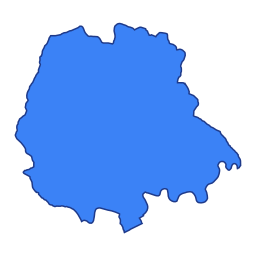 the district of Alma, Sibiu, Romania
{"feature_id": "2599482B74056506613353", "entity_name": "Alma", "entity_type": "district", "adm_level": 2, "iso_a3": "ROU", "parent_name": "Romania", "parent_adm1": "Sibiu", "projection": "orthographic", "projection_center": [24.465, 46.229], "detail": "fine", "context": "isolated", "style": "filled", "palette": "blue", "viewbox_px": 256, "rotation_deg": 0, "n_neighbors": 0, "source": "geoboundaries", "source_scale": "gbopen_adm2", "svg_char_len": 5737}
<svg xmlns="http://www.w3.org/2000/svg" viewBox="0 0 256 256"><path d="M93.5,220.7L94.3,216.4L94.7,212.5L95.4,210.2L95.9,209.3L96.7,208.6L98.5,208.0L99.9,207.9L107.9,210.1L111.5,210.8L115.5,212.1L119.5,213.8L119.5,215.0L119.0,216.4L119.1,217.2L120.0,218.7L120.4,219.9L120.4,221.9L120.2,223.1L120.2,223.5L120.3,223.8L121.2,224.4L121.8,225.3L122.9,227.4L123.0,228.5L123.5,230.0L124.1,230.4L124.1,231.7L124.4,232.5L127.4,231.0L128.5,230.5L129.8,229.8L130.1,229.4L142.1,223.5L141.7,222.9L141.1,220.9L139.4,218.1L143.5,215.7L143.1,214.9L145.6,212.6L147.1,210.3L147.7,208.1L147.7,206.3L147.3,204.7L145.1,199.9L143.2,197.0L142.8,195.2L142.9,194.2L144.7,192.4L145.4,192.1L146.8,192.8L148.1,193.0L155.5,195.5L157.0,195.8L158.4,195.8L159.4,195.2L159.9,194.4L160.6,191.4L161.0,190.7L162.1,189.5L163.9,188.8L164.9,188.7L166.7,189.1L167.4,189.8L168.0,193.0L168.3,196.3L169.1,198.5L170.2,199.9L171.9,201.0L173.6,201.6L175.2,201.7L176.8,201.2L178.4,197.4L178.7,196.5L179.8,195.1L180.9,194.3L182.7,193.4L185.9,192.5L186.5,192.2L188.4,191.9L190.1,191.7L192.2,192.2L194.2,194.3L195.3,196.2L195.8,197.7L196.4,200.3L196.9,201.3L197.6,202.0L198.3,202.5L200.4,202.8L201.5,202.8L203.6,202.4L205.2,201.7L205.8,201.1L206.8,199.9L207.5,198.3L207.3,195.7L206.6,192.3L205.4,189.6L205.4,188.8L206.2,186.9L207.3,185.3L208.0,184.6L208.5,184.2L212.2,183.0L213.8,181.7L214.6,180.8L216.8,178.5L218.1,176.7L219.1,173.8L219.5,171.5L219.6,170.2L219.4,169.0L218.1,166.4L217.9,165.6L218.0,164.8L219.0,163.0L220.1,161.9L221.1,161.5L223.3,161.5L224.1,162.0L224.9,162.6L225.6,163.6L226.0,164.5L225.8,166.7L226.1,167.7L228.0,169.8L229.0,170.2L229.3,170.1L230.1,169.5L231.1,168.3L231.8,165.7L232.3,164.8L233.3,163.8L234.1,163.6L235.2,163.7L235.6,163.9L236.4,164.6L237.1,165.7L237.4,168.6L237.7,168.6L238.0,168.2L238.6,167.8L239.3,167.6L239.7,166.4L240.4,165.9L240.6,165.6L240.6,165.3L240.5,160.9L240.3,160.0L240.0,159.1L238.5,156.7L238.2,155.7L238.1,154.7L237.8,154.5L237.0,153.3L236.4,152.6L235.5,152.0L234.6,150.7L233.1,149.5L231.9,148.1L230.8,147.3L230.3,146.6L230.1,145.9L229.3,145.4L228.6,144.8L227.5,142.2L226.8,141.7L225.8,139.1L224.6,137.6L223.6,136.8L223.1,136.1L221.5,134.6L220.8,133.6L220.5,132.9L220.1,131.6L219.6,131.3L216.4,130.0L213.0,127.8L211.0,127.0L209.2,125.3L207.1,124.2L204.1,121.4L202.3,120.8L200.7,119.1L199.3,118.6L198.2,117.7L196.8,117.1L194.5,116.4L193.5,115.8L193.5,115.3L193.7,114.3L193.8,111.5L194.0,110.6L195.6,108.3L196.4,107.0L198.0,105.3L198.3,104.6L198.4,103.5L198.3,102.7L197.9,101.7L197.8,99.8L197.2,99.0L193.6,95.6L189.0,93.7L189.2,91.7L188.1,88.7L187.3,87.2L185.5,84.4L185.5,84.6L184.0,83.3L183.2,82.8L177.5,82.7L177.5,81.2L177.7,80.6L177.8,79.9L177.9,79.3L178.4,78.3L178.6,77.6L178.8,77.2L179.6,76.8L180.2,76.2L180.7,75.4L180.8,75.2L180.8,72.6L181.3,71.8L181.4,70.0L181.3,67.9L180.8,66.9L180.7,66.3L180.8,65.2L182.1,61.8L183.4,60.3L183.9,59.5L185.2,55.5L185.1,53.4L184.9,52.5L184.6,52.1L182.8,50.4L181.7,49.7L180.3,49.3L179.1,49.3L177.7,49.8L176.7,49.8L176.3,47.3L175.8,46.5L175.0,45.7L173.2,44.5L170.2,43.7L169.5,43.3L168.7,40.7L167.8,39.5L167.5,36.8L167.5,35.0L167.2,34.1L167.1,33.9L166.2,33.5L165.0,33.2L161.7,32.7L159.8,32.6L159.2,32.9L158.7,33.4L156.8,35.2L156.3,35.8L155.8,36.7L153.4,35.6L151.3,34.8L150.5,35.3L149.2,35.2L148.9,34.4L147.9,32.6L147.6,31.6L147.4,31.1L146.0,30.0L145.8,29.6L145.7,28.9L145.5,28.7L141.2,27.3L140.1,27.2L139.2,27.5L136.0,29.0L134.6,29.9L133.2,28.5L132.4,28.0L130.3,27.2L128.2,26.8L125.8,25.4L123.0,24.5L122.0,24.0L121.3,23.9L120.4,23.6L119.3,23.5L117.9,23.8L117.2,24.1L115.1,25.9L114.8,26.5L114.4,27.8L114.1,30.6L114.2,31.4L115.0,35.0L115.1,37.3L114.7,38.4L114.5,39.7L113.7,41.1L113.5,42.7L112.9,43.6L112.5,43.9L108.2,43.0L103.4,43.0L102.1,42.5L101.7,42.2L100.1,39.2L99.5,38.3L98.2,37.1L97.4,36.7L94.4,36.5L93.3,36.5L90.8,36.2L89.3,36.4L88.1,36.0L86.1,33.9L85.2,32.7L84.5,31.4L83.6,28.9L82.8,27.3L81.8,26.4L81.0,26.2L79.9,26.2L78.2,27.6L74.6,29.2L73.8,29.5L71.4,30.6L69.7,30.9L66.4,32.5L64.0,32.8L61.6,33.9L60.9,34.5L60.5,34.7L55.4,35.7L50.7,35.7L49.0,38.3L49.0,39.0L47.3,43.1L46.5,44.3L44.8,45.8L44.1,47.7L42.6,50.5L42.3,51.6L42.2,53.4L41.4,55.9L41.2,56.2L40.6,56.3L39.9,57.2L40.0,60.3L39.5,62.1L39.7,63.1L40.3,64.2L40.3,64.8L38.5,69.7L38.4,72.6L37.5,73.0L36.8,74.3L36.1,75.1L35.5,76.6L34.3,78.6L34.0,79.6L32.7,82.5L31.8,83.5L31.4,84.0L30.9,85.0L29.7,86.5L29.3,88.9L27.8,91.6L27.3,92.9L26.8,95.3L26.9,97.6L27.0,98.1L27.7,99.2L28.1,100.4L27.9,100.8L26.4,102.8L26.0,103.4L25.8,104.1L25.7,105.3L25.3,107.4L26.6,110.2L26.6,111.0L25.2,114.6L24.8,115.1L22.7,116.4L21.8,117.4L19.6,119.0L19.0,120.6L18.4,121.5L18.1,122.6L18.1,123.9L17.5,124.6L17.0,125.6L16.8,127.0L16.9,128.5L17.2,129.7L17.2,130.4L17.1,130.9L16.3,132.1L15.9,133.6L15.4,134.7L15.4,135.6L15.9,136.8L16.7,138.4L17.1,139.0L21.0,142.6L23.5,145.7L24.5,147.2L25.4,148.7L25.5,149.1L25.6,151.3L25.8,151.9L26.2,152.7L27.2,153.6L29.3,154.7L31.5,156.4L31.7,157.0L32.4,160.0L32.6,160.5L33.9,162.4L33.8,163.5L33.8,166.8L31.8,168.0L30.6,168.2L29.8,169.0L29.2,169.4L26.8,169.9L25.6,170.5L24.7,170.5L23.3,172.1L23.3,172.3L23.7,173.1L24.3,173.6L28.8,176.0L29.9,176.7L30.0,177.6L30.2,178.6L31.1,180.2L32.0,182.2L32.5,186.8L32.7,187.6L33.6,189.1L35.2,191.2L36.1,192.1L36.2,191.9L36.6,192.3L37.8,192.5L38.4,192.7L38.6,193.0L38.6,194.2L38.8,194.5L40.5,196.3L41.2,197.2L41.9,197.9L43.0,198.2L43.7,199.0L44.3,199.6L46.2,200.3L47.1,201.4L48.1,202.3L49.1,204.0L49.5,204.4L50.5,204.8L52.2,205.1L52.7,205.7L54.6,206.5L55.3,206.5L56.5,206.1L59.2,206.2L60.4,206.2L61.4,205.9L63.0,206.0L65.2,206.8L66.8,206.5L67.7,207.0L70.2,207.6L72.6,209.0L73.4,209.3L74.7,210.5L76.3,212.2L78.0,214.5L80.9,219.7L81.6,221.5L83.3,220.5L84.3,220.3L84.8,220.4L86.7,220.9L88.3,222.3L89.2,222.9L89.8,223.1L91.6,223.1L92.6,222.3L93.5,220.7Z" fill="#3b82f6" stroke="#1e3a8a" stroke-width="1.5"/></svg>